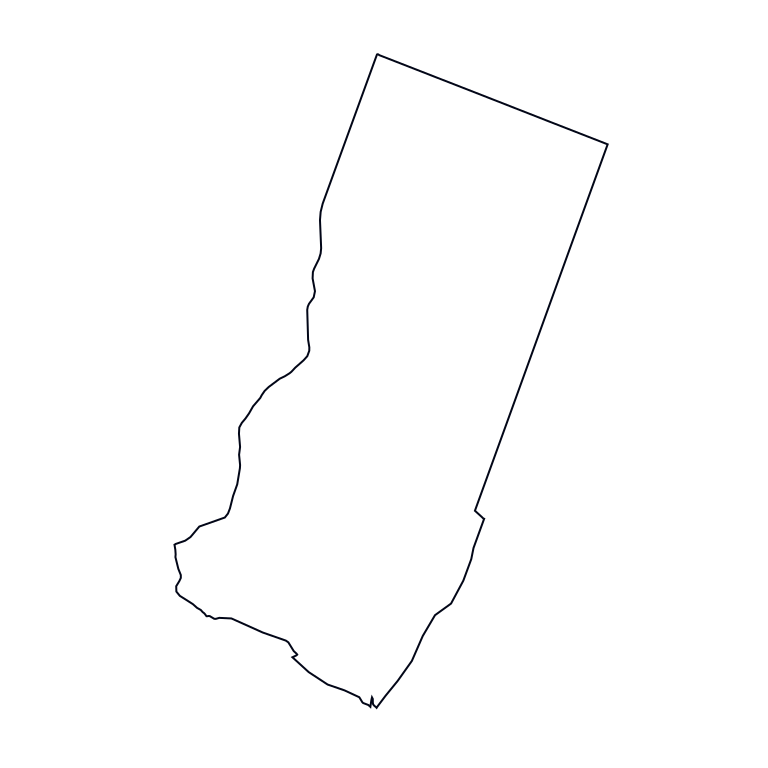 Al Butnan, Mercator projection, rotated 200°
{"feature_id": "LBY-2987", "entity_name": "Al Butnan", "entity_type": "Municipality", "adm_level": 1, "iso_a3": "LBY", "parent_name": "Libya", "parent_adm1": "", "projection": "mercator", "projection_center": [24.313, 30.16], "detail": "fine", "context": "isolated", "style": "outline", "palette": "ink", "viewbox_px": 768, "rotation_deg": 200, "n_neighbors": 0, "source": "natural_earth", "source_scale": "10m", "svg_char_len": 1729}
<svg xmlns="http://www.w3.org/2000/svg" viewBox="0 0 768 768"><g transform="rotate(200 384 384)"><path d="M525.2,162.3L517.2,168.8L513.5,174.0L508.8,186.9L487.9,204.1L486.3,208.9L486.2,214.4L487.5,227.1L487.6,239.5L490.6,255.6L491.5,258.6L496.0,268.0L497.7,275.6L503.3,287.7L505.1,293.7L504.3,298.9L502.4,304.1L500.8,310.1L499.4,318.3L495.5,328.6L495.1,331.6L493.8,336.7L491.3,341.8L483.8,353.3L479.9,357.3L476.4,361.8L475.2,363.8L473.0,369.0L467.7,378.7L465.6,383.9L465.6,389.7L466.7,392.9L470.4,399.5L481.5,427.4L482.1,430.7L481.9,433.7L479.7,441.4L480.6,447.6L487.2,458.8L489.1,464.9L489.1,468.5L487.9,479.3L488.2,485.0L489.5,490.1L500.2,516.1L502.4,524.1L503.3,532.6L503.3,550.8L503.3,575.5L503.3,634.1L503.3,692.0L503.3,691.9L503.2,691.9L502.0,691.7L500.7,691.4L439.5,690.0L378.3,688.6L317.0,687.1L255.8,685.7L255.7,589.2L255.5,492.1L255.3,394.4L255.2,296.0L252.5,294.9L249.8,293.8L247.1,292.7L244.4,291.5L244.1,291.6L243.8,291.6L243.8,260.5L242.1,249.3L242.2,226.3L245.9,200.6L257.0,184.2L261.4,160.5L263.1,133.3L269.6,109.7L275.9,91.6L280.0,78.2L280.2,77.2L281.0,77.6L283.0,78.3L284.6,79.2L285.6,80.9L286.8,84.2L288.1,85.4L287.8,82.9L286.4,76.0L288.9,77.0L294.5,77.1L295.6,77.6L299.3,80.6L300.1,81.2L316.3,82.6L334.2,82.3L356.2,87.5L376.6,95.9L373.6,98.9L373.0,100.0L374.0,100.7L377.4,102.1L385.5,108.5L388.5,109.3L413.0,109.0L447.2,111.5L458.8,107.9L461.7,105.8L463.2,105.3L468.4,106.3L469.5,106.0L470.5,105.4L471.4,105.1L472.5,105.8L473.0,106.2L474.6,107.1L476.3,107.6L478.9,109.0L483.1,109.7L488.4,111.8L503.4,115.1L508.1,117.9L510.1,122.9L508.9,128.9L508.6,132.3L509.6,135.0L514.0,139.9L520.8,150.0L521.5,152.6L523.4,156.9L525.9,161.3L525.4,161.8L525.2,162.3Z" fill="none" stroke="#020617" stroke-width="2"/></g></svg>